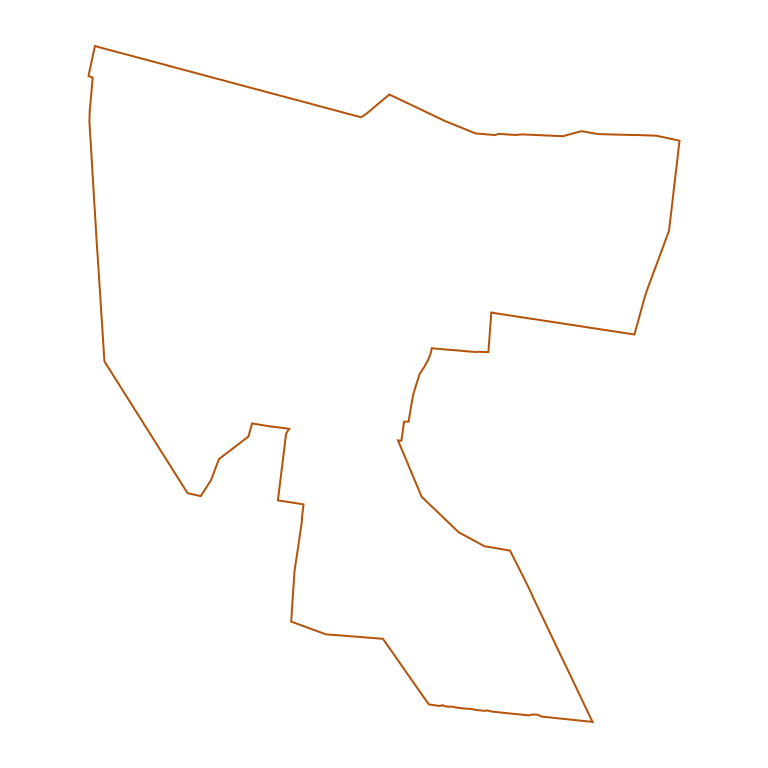 outline of Chiconcuac, México, Mexico
{"feature_id": "50627088B68966073718312", "entity_name": "Chiconcuac", "entity_type": "district", "adm_level": 2, "iso_a3": "MEX", "parent_name": "Mexico", "parent_adm1": "México", "projection": "mercator", "projection_center": [-98.895, 19.553], "detail": "fine", "context": "isolated", "style": "outline", "palette": "amber", "viewbox_px": 768, "rotation_deg": 0, "n_neighbors": 0, "source": "geoboundaries", "source_scale": "gbopen_adm2", "svg_char_len": 2955}
<svg xmlns="http://www.w3.org/2000/svg" viewBox="0 0 768 768"><path d="M428.8,704.4L438.3,705.8L440.1,705.9L442.6,705.2L444.9,706.3L449.2,706.7L450.2,706.6L453.9,706.9L455.5,707.4L464.1,708.5L465.0,708.5L468.7,708.8L472.5,709.2L476.3,710.0L484.4,710.8L487.9,710.5L491.2,711.5L510.2,713.5L529.2,715.4L532.3,714.5L537.5,714.7L541.5,716.6L559.8,718.5L578.1,720.4L592.5,721.9L584.1,704.3L575.7,686.6L567.3,669.0L558.8,651.4L550.4,633.7L542.0,616.1L533.6,598.5L533.3,597.9L530.7,592.0L523.9,578.0L510.0,550.6L506.7,550.0L499.6,548.8L489.0,547.0L484.5,546.3L482.3,545.1L479.8,543.7L473.9,540.5L458.8,532.4L421.5,496.6L421.1,495.5L413.2,476.7L406.1,459.7L402.9,452.1L400.5,446.4L398.3,441.2L398.0,440.4L401.4,440.7L402.6,432.3L403.3,426.9L404.1,421.7L408.7,421.6L408.7,421.0L411.2,405.6L411.8,402.3L413.1,395.7L413.4,394.0L416.4,384.0L419.7,373.9L421.3,371.4L424.2,367.0L426.9,362.1L428.2,359.7L429.1,357.5L430.6,353.6L431.0,352.0L431.8,348.2L438.7,348.9L448.1,349.7L457.4,350.4L467.9,351.4L475.4,352.0L478.8,351.8L488.4,352.1L491.3,312.5L492.4,312.7L494.5,313.1L524.4,317.7L528.3,318.3L529.6,318.5L533.1,319.0L555.4,322.4L558.5,322.9L575.1,325.4L582.9,326.6L591.7,328.0L610.3,330.8L616.1,331.7L631.2,334.0L634.4,334.5L636.0,328.6L636.6,326.7L644.8,296.8L648.1,287.1L660.0,255.1L661.9,250.0L667.2,235.6L669.0,230.9L670.7,216.4L671.1,213.3L672.6,200.2L673.2,195.0L673.7,190.4L676.2,169.1L677.4,159.0L678.5,149.3L679.2,143.3L679.5,140.8L677.3,140.2L658.5,136.2L658.2,136.1L656.4,135.7L637.1,135.0L636.2,135.0L635.7,135.1L617.2,134.6L598.7,134.1L597.8,134.0L581.4,131.2L566.0,135.3L563.4,136.2L562.1,136.1L560.9,136.1L560.4,136.1L522.6,134.4L515.1,135.0L513.2,134.8L504.8,134.3L498.1,133.8L496.5,134.6L495.4,135.1L475.6,133.4L473.3,132.5L463.3,128.4L457.2,126.0L445.6,121.3L390.5,95.1L390.0,94.8L389.3,94.5L366.2,113.9L361.1,117.3L176.4,67.9L150.5,60.9L118.8,52.5L115.3,51.5L105.3,48.9L94.9,46.1L88.6,75.4L88.5,76.0L92.7,77.6L90.9,98.1L89.7,111.1L89.4,120.9L89.4,121.5L89.8,128.3L90.2,135.2L91.2,150.4L91.8,161.0L92.0,164.6L93.8,194.4L94.3,203.3L94.5,205.7L96.0,230.3L96.2,234.6L96.3,235.4L96.4,237.4L96.6,240.3L96.8,244.0L98.0,261.5L98.7,272.1L98.8,274.3L99.2,280.6L99.8,289.5L100.4,298.4L100.4,299.0L100.5,300.2L101.2,311.5L101.6,317.7L102.3,327.5L102.4,329.5L102.9,337.6L103.2,342.4L104.0,354.9L104.4,361.2L105.0,362.3L111.4,372.4L112.0,373.4L113.5,375.8L115.9,379.6L119.0,384.5L127.6,398.1L136.1,411.6L136.4,412.1L154.4,440.6L175.7,474.4L187.6,493.2L200.7,496.1L204.5,490.3L210.7,480.6L211.1,480.0L216.0,466.9L218.9,459.2L223.6,455.5L233.7,447.8L248.5,436.4L252.1,423.4L253.8,423.7L266.9,425.9L268.6,426.2L279.3,427.5L289.2,428.8L286.1,433.6L283.3,456.5L280.5,479.3L277.9,500.4L279.3,500.6L292.3,502.6L301.2,504.0L303.5,504.4L302.1,516.4L301.8,521.8L298.2,546.6L294.5,571.3L292.8,596.5L291.2,621.6L308.6,628.0L326.0,634.4L345.0,635.8L363.9,637.3L382.9,638.8L394.4,655.2L405.8,671.6L417.3,688.0L428.8,704.4Z" fill="none" stroke="#b45309" stroke-width="2"/></svg>